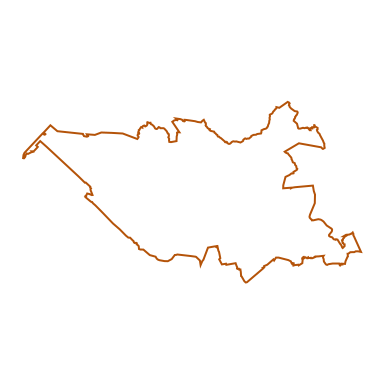 outline of Nopala de Villagrán, Hidalgo, Mexico
{"feature_id": "50627088B98943625102678", "entity_name": "Nopala de Villagrán", "entity_type": "district", "adm_level": 2, "iso_a3": "MEX", "parent_name": "Mexico", "parent_adm1": "Hidalgo", "projection": "orthographic", "projection_center": [-99.653, 20.233], "detail": "fine", "context": "isolated", "style": "outline", "palette": "amber", "viewbox_px": 384, "rotation_deg": 0, "n_neighbors": 0, "source": "geoboundaries", "source_scale": "gbopen_adm2", "svg_char_len": 6043}
<svg xmlns="http://www.w3.org/2000/svg" viewBox="0 0 384 384"><path d="M361.0,251.9L353.9,236.2L353.4,235.5L353.3,233.9L352.7,233.9L353.2,233.7L352.7,232.5L351.9,233.3L351.2,233.6L351.2,233.8L349.0,234.6L346.1,234.8L343.9,236.1L345.7,236.1L344.6,236.8L343.9,238.0L343.2,238.4L342.8,240.0L342.4,239.9L342.0,240.2L342.7,243.0L343.2,243.0L344.4,245.0L344.6,244.9L344.6,246.1L342.7,248.0L342.2,247.5L341.3,245.2L340.1,243.8L337.5,239.6L336.6,239.4L335.9,239.7L335.7,239.3L335.0,239.5L334.1,239.4L333.5,239.0L332.3,237.4L330.2,236.7L329.2,236.1L329.0,235.3L329.1,234.8L331.7,231.6L332.0,230.7L332.1,229.7L331.7,228.8L326.7,225.5L323.5,221.5L321.4,220.0L320.5,219.6L318.3,219.2L313.4,220.3L311.9,220.3L311.8,219.7L311.1,219.3L309.7,217.7L309.5,216.7L310.0,214.7L314.8,203.2L315.0,194.6L313.8,191.0L312.9,185.6L295.1,187.2L292.5,187.6L290.9,188.3L290.9,187.7L283.2,188.3L283.3,185.2L285.5,176.9L289.5,175.0L291.5,173.4L292.8,173.5L293.5,173.3L293.4,172.0L296.8,169.9L297.3,168.9L296.5,168.0L296.2,166.0L295.2,165.0L294.7,163.1L292.8,162.3L292.2,160.4L291.5,159.2L291.5,158.2L291.1,157.4L288.5,154.4L287.8,153.3L286.9,153.2L285.5,152.5L284.7,151.7L298.9,143.3L321.1,147.3L322.7,148.9L323.1,148.9L324.7,147.9L324.3,145.9L324.3,143.5L323.9,143.1L323.0,140.7L320.1,135.3L319.5,133.8L318.1,132.6L317.2,131.0L316.9,129.9L317.6,129.3L317.6,127.9L315.1,126.5L314.5,125.1L314.2,125.1L314.1,127.3L312.3,127.2L312.4,128.5L312.0,128.6L311.5,127.8L309.5,128.5L310.4,130.2L309.7,130.2L308.0,127.9L307.2,127.5L306.9,128.0L305.5,127.8L304.9,128.1L304.1,128.1L303.0,127.8L300.3,128.6L298.7,128.6L298.2,128.3L297.0,123.7L293.7,120.8L294.0,119.3L294.4,119.1L295.0,118.0L295.1,116.9L295.7,116.5L295.9,115.6L296.8,114.9L297.7,112.7L297.6,112.1L297.2,111.5L294.7,111.1L291.1,108.5L289.6,106.8L289.5,106.1L289.0,105.4L289.3,105.1L289.0,104.1L289.6,103.3L288.1,101.7L288.3,101.5L279.3,107.8L276.4,107.1L276.4,108.2L275.8,108.9L274.8,109.6L274.6,110.3L273.2,111.6L272.5,113.1L271.9,113.7L269.9,114.6L269.7,114.9L270.0,116.1L269.5,118.0L269.8,119.2L269.3,120.8L269.1,123.0L268.2,124.9L267.8,126.6L267.0,127.4L266.8,128.0L265.8,128.7L264.0,129.1L261.5,130.3L261.3,132.8L261.0,133.5L257.2,134.0L256.1,134.7L253.5,134.9L251.3,136.0L251.2,136.7L248.9,138.6L247.9,138.5L246.3,138.9L245.3,138.4L244.9,138.5L243.3,139.8L243.2,140.7L242.8,141.2L240.5,142.5L236.2,141.4L235.1,141.6L233.2,141.3L231.6,142.1L231.1,142.8L229.8,143.8L228.9,143.9L227.5,143.2L227.0,142.2L226.2,142.4L225.9,141.8L225.0,142.0L224.8,141.5L220.9,138.1L219.6,137.4L219.1,136.7L217.9,136.5L217.4,135.6L217.3,134.9L216.3,134.4L215.6,133.4L214.5,132.7L214.2,131.7L210.4,130.8L209.7,130.1L209.9,129.3L209.1,129.3L209.0,128.8L207.7,128.2L206.7,126.6L206.1,126.3L205.6,125.3L205.9,124.6L205.8,123.1L205.1,122.6L203.8,119.8L202.5,120.7L201.0,122.4L197.8,122.0L195.0,121.2L186.0,119.9L184.6,119.8L184.7,121.2L184.2,121.4L183.6,120.6L182.9,120.9L182.0,119.7L180.3,119.1L176.0,118.5L178.1,120.4L176.4,120.0L175.2,120.1L173.9,120.6L172.3,121.8L179.4,132.3L177.4,132.3L177.0,132.7L177.2,134.6L176.7,136.4L176.5,141.1L171.0,142.1L169.3,141.9L169.0,140.0L169.2,138.9L168.3,137.2L168.7,136.8L168.9,135.6L168.8,134.2L168.2,133.5L167.8,133.5L166.7,131.2L164.3,128.6L163.5,128.2L160.4,128.2L159.6,127.4L158.7,127.1L157.2,128.8L156.5,129.0L155.5,128.7L155.1,128.4L154.0,126.4L152.2,124.7L151.0,124.2L150.5,122.8L149.7,123.1L149.0,122.7L148.4,122.7L147.7,122.2L147.4,122.2L147.2,122.9L147.4,124.3L146.8,125.5L145.4,126.4L145.0,126.3L144.7,125.7L144.3,125.5L143.2,125.9L142.2,126.8L142.3,127.6L141.1,127.1L139.9,128.8L139.3,130.1L138.8,130.1L138.7,131.3L138.2,132.2L138.4,132.5L139.0,132.8L139.2,133.6L139.0,133.9L138.1,133.9L137.8,134.3L137.6,135.6L138.5,136.6L138.5,137.4L137.3,139.0L122.7,133.5L112.1,132.9L101.3,132.5L94.9,134.9L86.9,134.3L87.2,134.8L87.2,135.5L88.0,135.7L88.1,136.2L86.9,136.7L84.0,136.1L83.6,135.2L83.0,134.6L82.9,133.9L57.4,131.2L50.4,125.3L43.7,132.5L45.4,134.1L44.8,134.7L44.4,134.7L42.6,133.5L24.5,152.8L23.5,155.0L23.0,159.0L23.6,157.4L24.3,158.0L25.1,157.0L25.3,156.6L24.6,155.8L25.2,155.8L26.8,153.5L28.0,153.9L31.2,152.3L32.7,151.9L32.0,151.3L33.7,151.3L36.5,148.4L37.8,146.9L36.2,145.4L40.2,141.1L46.5,146.7L78.6,176.5L84.9,182.7L85.7,182.5L90.3,186.7L90.1,187.5L91.0,188.4L90.5,189.1L90.6,190.2L92.5,195.0L91.9,195.1L89.5,194.1L89.2,194.0L87.2,193.5L86.5,195.0L85.3,196.2L86.0,196.7L85.6,197.3L90.8,201.6L91.9,202.2L92.2,202.1L93.0,203.3L95.3,205.3L102.8,212.9L113.0,223.5L119.8,229.4L125.9,235.6L128.3,237.6L130.1,237.7L133.0,240.7L133.3,240.8L133.7,241.4L133.9,242.4L134.7,243.0L136.1,242.8L136.8,243.2L136.7,244.4L137.3,244.6L138.7,246.1L139.0,249.0L140.3,249.5L143.4,249.6L149.8,255.1L155.6,256.7L156.7,258.6L157.9,259.6L159.4,260.2L164.5,261.1L167.8,261.2L171.7,259.1L174.8,255.0L176.2,254.9L177.3,254.5L190.4,256.0L195.6,256.7L196.1,256.9L199.9,260.5L200.6,265.1L202.3,261.1L203.4,259.8L208.0,247.6L214.7,246.4L215.3,246.4L216.1,247.0L216.4,246.1L217.4,246.0L218.4,250.8L219.0,251.8L220.3,258.2L219.2,259.3L221.9,264.4L226.0,263.7L226.3,264.8L235.6,263.2L236.5,265.8L237.2,267.3L237.0,268.5L237.4,268.9L239.0,268.8L239.3,269.7L240.4,269.5L240.8,271.9L241.1,276.1L241.6,276.4L244.4,281.3L245.8,282.5L247.0,282.2L263.3,268.3L262.8,267.8L264.3,267.1L264.1,266.1L267.3,264.7L273.4,259.4L274.1,260.5L276.0,257.6L278.6,257.6L288.4,260.1L290.9,261.4L291.5,263.0L292.9,265.0L292.5,263.0L293.7,263.3L293.6,265.5L294.9,265.1L298.4,264.7L298.7,265.4L302.3,263.2L302.7,259.4L302.2,259.0L302.2,258.2L303.4,257.4L303.4,257.0L303.7,256.9L304.2,258.1L304.9,257.5L305.0,257.7L305.7,257.5L306.8,258.0L307.8,257.5L307.7,258.2L310.9,257.8L311.0,258.2L312.4,258.2L314.5,257.3L314.2,257.2L315.2,256.5L318.5,256.4L323.6,255.8L323.0,256.7L323.1,257.8L323.7,259.2L323.8,261.0L324.0,261.7L325.9,264.4L327.1,264.9L328.5,264.2L332.9,263.5L339.1,263.5L339.6,264.7L339.9,264.5L339.9,265.4L340.3,265.5L340.8,264.6L342.2,264.5L341.9,263.7L345.0,263.9L345.5,261.3L347.5,256.8L347.9,256.5L347.6,253.8L348.2,253.8L350.3,252.2L354.3,252.1L355.8,251.3L357.9,251.3L361.0,251.9Z" fill="none" stroke="#b45309" stroke-width="2"/></svg>